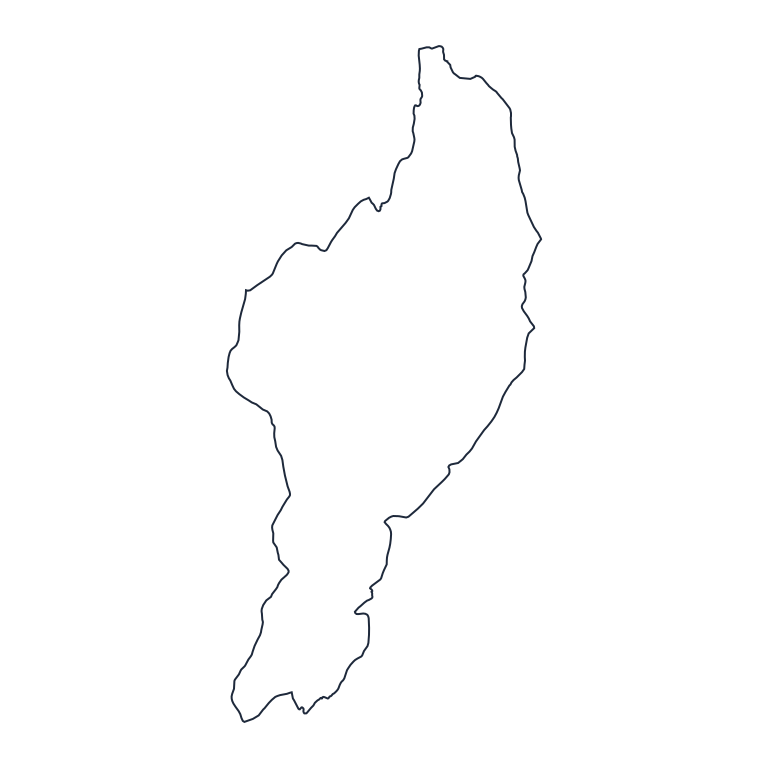 Nuevo Colón, Boyacá, Colombia
{"feature_id": "7082276B31852180812042", "entity_name": "Nuevo Colón", "entity_type": "district", "adm_level": 2, "iso_a3": "COL", "parent_name": "Colombia", "parent_adm1": "Boyacá", "projection": "robinson", "projection_center": [-73.45, 5.353], "detail": "fine", "context": "isolated", "style": "outline", "palette": "slate", "viewbox_px": 768, "rotation_deg": 0, "n_neighbors": 0, "source": "geoboundaries", "source_scale": "gbopen_adm2", "svg_char_len": 6065}
<svg xmlns="http://www.w3.org/2000/svg" viewBox="0 0 768 768"><path d="M488.2,85.1L486.3,83.0L483.0,78.9L481.8,77.8L480.3,76.9L478.7,76.2L476.1,75.7L475.6,75.9L475.5,76.4L474.9,76.9L470.4,78.9L459.8,77.9L455.2,74.3L453.9,73.4L452.9,72.2L450.6,67.4L450.2,64.9L447.2,61.8L447.3,61.3L445.3,60.7L444.1,59.4L444.0,54.9L443.1,51.9L443.3,49.0L442.7,47.7L441.6,46.6L439.7,46.1L438.8,46.1L432.0,48.6L431.2,48.4L429.2,47.3L426.7,47.3L421.4,48.7L419.4,49.0L418.9,50.8L418.7,55.6L419.7,64.8L419.9,68.5L419.8,70.9L419.3,74.4L419.3,77.9L418.8,80.1L418.7,81.9L419.0,83.6L419.6,84.8L419.3,88.2L419.7,89.3L420.7,90.2L421.9,92.5L422.2,96.0L421.7,97.3L420.7,98.7L420.4,99.9L420.6,102.8L420.0,104.5L419.3,105.4L418.6,105.9L417.6,106.1L416.6,105.8L415.9,105.3L415.1,105.4L414.5,106.4L414.0,108.0L413.7,110.4L413.6,113.7L414.4,115.6L414.6,118.9L413.8,123.8L412.8,127.6L412.7,131.2L413.3,133.1L414.3,137.9L414.5,139.5L414.3,141.5L412.1,151.2L411.1,153.5L408.3,157.3L407.3,157.9L403.9,158.8L402.1,159.4L400.0,161.2L398.4,164.0L396.0,169.2L394.6,173.1L393.8,178.6L391.3,189.9L391.2,192.5L390.9,194.2L389.7,198.1L388.2,200.8L387.4,201.6L384.5,203.1L382.4,203.3L381.8,203.6L381.5,204.5L381.5,206.1L381.3,206.3L380.7,206.5L380.4,206.9L380.5,208.0L380.4,209.5L379.8,210.7L378.7,211.2L377.1,210.6L375.8,208.8L374.0,205.0L372.8,203.7L371.6,202.7L370.3,200.2L368.9,197.7L366.3,199.0L363.7,199.8L360.9,201.3L358.2,203.7L354.7,207.2L352.8,209.9L348.9,218.3L345.6,222.9L337.0,232.9L335.1,236.1L332.2,240.1L331.0,242.0L327.8,248.1L326.4,250.2L324.5,251.0L321.2,250.2L320.2,249.7L318.5,248.0L317.6,246.7L316.5,245.9L311.8,245.6L308.8,245.6L302.1,244.1L300.8,243.5L298.1,242.9L296.5,243.1L295.0,243.7L291.7,247.0L286.3,250.3L281.7,255.4L277.9,261.4L276.7,263.9L272.8,273.5L271.9,274.8L269.9,276.7L257.3,285.1L250.2,290.3L247.7,290.7L246.0,290.2L245.8,293.9L245.1,299.1L241.3,312.4L239.9,318.5L239.4,321.6L239.2,325.3L239.3,331.8L238.5,340.2L237.6,342.5L236.3,345.4L234.5,347.1L232.1,349.0L230.6,350.7L229.6,353.1L228.6,357.0L227.8,362.9L227.5,367.5L226.9,370.9L227.6,375.1L228.9,378.3L230.3,380.5L232.3,385.2L234.0,388.8L236.0,391.3L239.4,394.2L243.9,397.5L248.7,400.4L251.9,402.5L256.3,404.3L262.8,409.5L267.2,411.4L269.2,413.5L270.6,416.3L271.6,419.7L271.7,422.4L271.9,423.1L272.6,424.4L273.7,425.3L274.5,426.5L274.7,428.1L274.2,433.3L274.3,437.1L275.2,441.1L276.1,446.9L277.6,450.5L281.1,455.8L282.4,460.0L283.3,466.6L284.9,475.3L287.6,486.3L289.6,491.8L290.0,493.8L290.0,495.1L289.3,496.5L286.9,499.5L282.5,506.7L280.8,510.1L277.6,515.0L272.3,525.4L272.1,527.5L272.4,529.8L273.3,533.3L273.1,540.8L273.3,542.5L276.7,547.4L277.8,552.9L278.4,554.8L279.0,559.7L283.6,565.0L287.6,568.9L288.6,570.8L288.6,572.1L287.9,573.4L286.8,574.9L281.4,579.7L279.1,583.0L278.0,585.1L277.3,587.2L276.0,589.1L272.1,594.1L271.0,596.8L266.3,600.4L263.2,605.1L261.8,608.9L261.6,610.5L261.6,611.7L261.9,613.6L262.3,619.7L262.7,621.1L262.9,622.1L262.6,624.4L261.3,630.1L261.0,632.2L260.0,635.2L257.6,639.6L254.6,645.9L252.7,651.5L251.8,654.6L250.8,656.3L248.4,659.5L245.3,665.3L244.7,666.2L241.3,669.5L240.6,670.7L238.9,674.4L234.9,679.7L234.4,681.0L234.0,688.8L232.2,693.8L231.6,696.4L231.7,698.8L232.3,701.1L233.4,703.5L235.4,706.6L238.7,711.2L240.3,714.2L241.5,718.1L242.8,720.9L244.4,721.9L252.9,718.9L258.7,715.4L263.2,709.5L264.5,708.3L268.8,703.0L271.9,699.8L275.3,696.9L277.4,696.0L280.1,695.1L287.0,693.8L289.8,692.8L291.7,692.3L292.9,698.5L294.0,700.2L298.4,708.7L299.2,709.3L299.8,709.3L301.5,707.4L302.2,707.4L302.7,707.8L303.4,708.5L303.6,709.3L303.4,711.4L303.8,712.7L304.4,713.4L305.4,713.4L306.4,713.3L307.0,712.7L311.1,707.8L313.4,705.5L314.9,702.8L317.5,700.4L319.1,699.5L320.6,698.0L321.1,698.0L321.8,698.5L322.2,698.3L322.4,697.4L323.2,696.9L324.4,697.1L327.7,698.5L328.4,698.3L329.7,696.5L330.7,696.2L331.4,695.7L332.7,694.1L334.2,693.3L336.3,691.3L337.5,689.9L338.3,688.7L339.8,684.8L340.7,683.0L341.6,681.7L343.1,680.3L344.3,678.4L347.0,670.2L348.5,667.8L350.6,664.7L353.5,661.5L355.1,660.0L357.5,658.5L361.3,656.5L362.2,655.4L364.0,651.0L367.5,646.1L368.4,642.9L369.0,634.9L369.1,627.9L368.7,618.2L368.2,616.3L367.3,614.8L365.4,613.8L363.3,613.5L358.2,614.1L356.5,614.0L355.2,612.9L354.9,611.8L358.5,607.7L360.4,606.2L364.4,602.6L367.1,600.6L368.8,600.0L371.5,598.5L372.3,597.6L372.4,596.5L372.1,595.2L372.2,593.6L372.0,592.6L371.5,591.9L372.3,591.0L372.1,590.3L371.5,589.5L370.1,588.4L370.3,587.5L372.0,585.7L380.3,579.5L381.2,578.1L382.7,573.3L384.0,570.1L386.7,564.4L386.8,560.3L387.0,557.5L387.5,554.8L389.5,547.5L390.2,543.9L390.8,538.9L391.1,534.1L390.9,531.7L390.2,529.5L389.3,527.6L388.0,525.9L385.9,523.8L384.6,522.1L385.2,520.9L389.0,517.8L391.3,516.6L393.3,516.0L398.9,516.2L406.2,517.5L408.5,516.7L417.8,508.7L423.1,503.5L434.0,489.3L442.2,481.6L444.7,479.1L448.8,474.4L449.5,472.3L449.4,469.3L448.4,467.0L449.2,465.5L451.1,464.4L458.1,463.0L462.8,459.2L466.4,454.6L469.5,451.6L472.0,448.5L476.0,441.4L484.1,430.1L487.5,426.3L491.4,421.4L494.4,417.0L496.7,412.7L498.7,408.2L502.9,396.7L505.5,391.9L509.4,385.5L510.4,384.6L511.5,382.4L513.6,380.0L516.6,377.5L522.0,372.1L524.2,369.0L524.5,364.7L525.0,360.6L524.8,357.0L524.9,351.7L525.4,347.5L527.2,337.7L528.7,333.4L534.2,328.1L533.9,326.3L530.1,321.4L528.8,318.5L527.2,315.9L523.8,311.3L522.0,308.0L521.8,306.2L522.4,304.3L524.6,301.3L525.4,299.4L525.8,297.4L525.3,292.0L524.5,289.0L524.3,286.9L525.3,282.8L525.5,281.1L525.4,280.1L524.8,278.6L523.4,276.0L523.3,275.2L523.6,274.3L524.9,273.2L527.6,270.2L528.5,268.3L531.5,261.1L532.5,256.1L534.2,252.3L536.3,246.8L537.6,243.9L541.1,239.3L540.9,238.5L537.9,232.7L536.4,230.8L533.9,227.0L528.3,215.1L527.4,212.7L525.5,201.1L524.7,197.7L523.2,193.9L522.1,192.0L521.7,189.9L518.8,180.0L518.6,177.8L518.8,175.4L520.0,170.4L519.6,168.1L518.2,162.0L517.8,158.3L517.2,156.4L517.1,155.0L515.6,150.8L514.7,146.8L514.6,139.6L514.0,137.3L512.0,133.1L511.8,131.8L511.3,128.5L511.0,124.8L510.8,117.5L511.0,116.2L511.0,113.0L510.2,109.4L509.5,108.1L502.7,99.2L501.4,98.0L497.2,93.0L496.6,92.1L495.6,91.2L493.2,89.7L491.1,88.0L488.9,86.1L488.2,85.1Z" fill="none" stroke="#1e293b" stroke-width="2"/></svg>